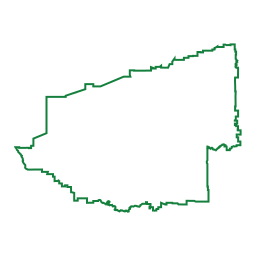 West Arthur, Western Australia, Australia
{"feature_id": "25037944B89790845522775", "entity_name": "West Arthur", "entity_type": "district", "adm_level": 2, "iso_a3": "AUS", "parent_name": "Australia", "parent_adm1": "Western Australia", "projection": "albers", "projection_center": [116.778, -33.44], "detail": "fine", "context": "isolated", "style": "outline", "palette": "green", "viewbox_px": 256, "rotation_deg": 0, "n_neighbors": 0, "source": "geoboundaries", "source_scale": "gbopen_adm2", "svg_char_len": 5674}
<svg xmlns="http://www.w3.org/2000/svg" viewBox="0 0 256 256"><path d="M139.6,206.6L140.3,205.7L140.3,205.2L141.4,204.6L142.3,203.8L146.0,203.8L146.0,202.2L147.0,202.2L147.0,204.0L150.5,204.0L150.5,206.6L149.5,206.6L149.5,208.4L150.1,208.4L150.1,207.2L153.0,207.2L153.0,210.5L154.1,210.5L154.6,210.7L155.4,210.5L156.3,210.5L156.3,209.1L156.5,209.0L158.3,209.0L158.3,207.2L161.1,207.2L161.1,202.8L163.6,203.9L165.0,204.2L165.2,204.5L166.5,204.5L166.5,202.8L168.8,202.8L172.3,202.8L172.4,203.3L177.6,203.3L178.4,204.4L186.6,204.5L186.6,200.8L194.3,200.9L195.7,201.6L208.5,201.6L208.5,190.0L207.9,190.0L207.9,186.5L207.4,186.5L207.4,163.7L206.9,163.1L206.8,161.4L207.4,160.4L207.4,146.5L207.6,146.5L207.8,146.8L207.7,147.0L207.9,147.1L207.7,147.5L208.0,147.5L208.3,147.8L208.6,148.1L208.9,147.9L209.2,147.3L209.5,147.5L209.5,147.8L209.9,148.1L209.9,148.3L210.5,148.7L210.6,148.4L211.5,148.2L211.7,147.8L212.0,147.8L212.1,148.0L212.3,148.1L212.2,148.3L212.6,148.4L212.8,149.1L213.0,149.4L214.1,149.5L214.3,149.8L215.2,149.8L216.0,149.9L216.1,150.1L216.3,149.9L216.4,149.6L216.9,149.3L217.2,148.7L217.7,148.6L218.3,148.1L218.3,147.8L218.8,147.7L219.0,147.3L219.4,147.4L219.6,147.2L219.3,146.8L219.7,146.5L219.7,146.3L220.4,145.9L220.5,145.8L220.8,145.9L221.1,145.8L221.3,145.5L222.0,145.2L222.2,144.7L222.5,144.7L223.0,144.7L223.4,144.3L223.9,144.3L224.0,144.4L223.8,144.6L224.4,144.8L224.2,145.1L224.5,145.6L224.5,146.0L224.7,145.9L225.0,145.6L225.3,145.6L225.2,145.8L225.3,146.0L225.3,146.4L225.8,146.3L226.6,146.5L226.7,150.1L229.8,150.1L229.8,148.6L230.7,148.6L231.4,148.4L231.8,147.5L231.8,146.9L232.1,146.9L232.9,146.5L233.3,146.4L233.6,146.2L234.3,146.5L236.6,146.2L236.6,145.2L240.4,145.2L240.4,141.5L238.1,141.5L238.2,137.3L236.7,137.3L236.7,134.5L240.6,134.6L240.6,130.3L237.7,130.3L237.7,129.2L238.0,129.2L238.0,126.2L236.2,126.2L236.2,125.1L234.9,125.1L234.9,123.6L237.2,123.6L237.2,120.7L234.8,120.7L234.8,120.3L235.5,119.9L235.8,119.6L235.8,116.5L238.1,116.5L238.1,110.6L235.1,110.6L235.1,106.4L235.6,106.4L235.5,95.9L235.7,91.4L235.2,91.4L235.2,86.9L235.0,80.4L235.1,77.5L238.0,77.5L238.1,68.2L238.0,67.7L237.9,67.7L237.1,67.9L236.5,67.8L236.1,67.3L235.7,67.3L235.6,67.1L235.5,66.8L235.5,66.5L235.8,66.5L235.9,66.0L236.5,65.7L236.6,65.1L236.0,64.9L235.7,64.8L235.5,64.1L235.6,63.8L236.2,63.6L236.5,63.8L236.5,63.1L236.3,62.8L236.4,62.5L236.6,62.2L237.2,62.0L237.1,61.7L236.6,61.4L237.2,60.7L236.6,60.4L236.3,60.1L236.5,59.7L236.1,59.1L235.7,58.9L235.7,54.7L236.1,54.7L236.1,51.7L235.3,51.7L235.3,49.4L234.7,49.4L234.7,44.4L230.5,44.4L230.5,45.2L228.0,45.0L226.9,45.2L225.2,44.6L223.6,44.6L223.6,47.0L217.4,47.0L217.4,46.4L215.5,47.7L214.6,47.9L214.6,49.3L213.8,49.3L213.8,49.5L212.3,49.5L212.3,50.7L203.0,50.7L203.0,52.4L200.4,52.4L200.4,52.0L197.5,52.0L197.5,55.9L192.9,55.9L192.9,56.1L188.5,56.1L188.5,57.8L183.9,57.8L183.9,59.9L178.7,59.9L174.5,59.8L174.5,58.5L172.3,61.6L172.3,64.1L169.6,64.1L168.1,67.7L161.1,67.6L161.1,65.7L160.0,66.6L160.0,66.9L155.7,66.9L155.7,68.5L152.8,68.5L153.1,67.9L151.0,67.1L151.0,70.6L134.2,70.7L134.2,70.3L129.8,70.3L129.8,74.6L130.4,76.7L123.6,76.7L100.5,86.4L93.3,86.4L93.3,84.1L85.3,84.1L85.3,89.2L65.7,95.7L65.7,96.9L46.5,96.9L46.5,133.2L33.4,138.6L33.4,145.8L31.1,145.8L31.1,148.1L29.3,148.1L29.4,147.8L19.2,147.9L19.2,147.2L15.4,147.2L15.6,147.7L16.3,148.2L16.4,148.5L16.7,149.1L16.8,149.5L17.0,150.0L17.9,150.6L18.2,151.1L18.2,151.9L18.6,152.5L19.3,152.8L20.3,154.2L20.5,154.4L20.8,154.4L21.0,154.9L21.2,155.3L21.9,155.7L21.8,156.0L21.5,156.4L21.5,156.7L22.7,158.4L22.8,159.6L23.1,160.2L23.1,160.5L22.7,160.8L22.6,161.0L23.0,161.7L23.1,162.4L23.4,162.7L23.7,163.3L24.2,163.8L24.5,164.4L25.1,164.7L25.3,165.1L25.3,166.8L25.1,167.4L25.3,168.0L25.8,168.5L26.6,169.1L27.2,169.2L27.7,169.6L42.0,169.5L42.0,171.9L47.9,171.9L47.2,174.1L53.0,174.1L53.0,176.7L54.6,176.7L54.6,181.1L55.7,181.0L57.3,181.1L58.2,180.6L59.3,180.2L59.2,180.3L59.2,183.4L61.9,183.5L61.9,186.4L65.1,186.4L65.1,185.3L67.4,185.3L67.4,187.0L71.0,187.0L71.1,192.2L71.8,192.2L72.3,192.5L73.0,192.5L74.2,192.9L74.2,200.7L77.7,200.7L77.7,198.3L87.0,198.3L87.0,202.8L93.3,202.7L93.3,201.0L98.1,201.0L98.1,200.7L98.4,200.2L99.5,199.9L100.2,200.0L100.5,200.2L100.6,200.4L100.7,200.7L101.2,201.5L101.4,201.9L101.4,202.1L101.6,202.3L102.7,203.0L103.2,202.8L103.5,202.8L104.4,203.4L105.2,203.8L105.5,204.3L105.4,204.3L105.7,204.4L105.9,204.4L106.0,204.2L106.5,203.3L107.2,202.6L107.5,201.6L108.2,201.3L108.8,201.5L108.9,201.3L109.5,201.6L109.5,202.1L108.9,202.9L108.3,203.6L108.2,203.6L108.2,204.2L107.9,204.4L107.8,204.2L107.7,204.3L107.8,204.5L108.1,204.7L109.1,205.0L109.4,205.2L109.6,204.9L109.9,205.1L110.9,204.9L110.7,205.0L110.8,205.1L112.1,204.9L112.2,205.2L112.4,205.9L112.7,206.4L113.0,206.4L113.3,206.1L113.8,206.2L114.0,206.1L114.2,206.3L114.5,206.3L114.5,206.2L115.2,206.4L115.5,207.0L115.4,207.6L115.4,207.9L115.3,208.5L114.8,209.3L114.6,209.5L114.7,209.9L115.0,210.0L115.4,209.9L115.7,210.1L116.1,210.1L116.1,209.8L116.4,209.9L116.9,209.8L117.2,209.9L117.3,210.3L117.8,210.6L118.8,210.8L119.0,210.9L118.8,210.9L118.9,211.1L119.4,211.4L119.9,211.1L120.2,210.7L120.6,210.3L121.3,210.6L121.8,210.3L122.1,210.4L124.1,211.3L123.9,211.3L124.8,211.4L124.9,211.0L125.2,210.7L125.7,210.9L126.2,210.6L126.8,211.1L127.2,211.3L127.8,211.2L127.9,211.6L128.7,211.5L128.8,211.2L128.5,210.3L128.6,210.0L128.9,209.5L130.0,209.0L130.0,208.4L130.1,208.2L129.9,208.1L129.8,207.8L130.0,207.4L130.3,207.0L130.5,206.9L130.3,207.1L130.6,207.1L130.6,206.8L131.2,206.3L132.1,206.3L133.3,206.6L134.2,206.2L134.5,205.9L134.7,206.0L135.4,205.8L136.0,205.8L136.5,206.1L137.0,206.1L137.3,206.4L138.3,206.4L139.2,206.8L139.6,206.6Z" fill="none" stroke="#15803d" stroke-width="2"/></svg>